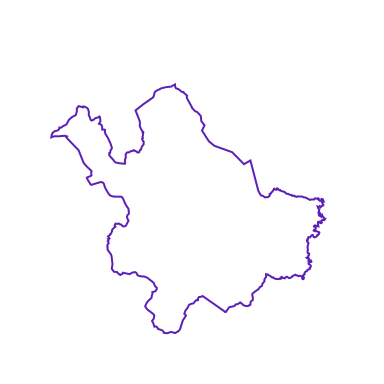 Houet, Houet, Burkina Faso, rotated 329°
{"feature_id": "67063806B93880456931202", "entity_name": "Houet", "entity_type": "district", "adm_level": 2, "iso_a3": "BFA", "parent_name": "Burkina Faso", "parent_adm1": "Houet", "projection": "orthographic", "projection_center": [-4.215, 11.389], "detail": "fine", "context": "isolated", "style": "outline", "palette": "violet", "viewbox_px": 384, "rotation_deg": 329, "n_neighbors": 0, "source": "geoboundaries", "source_scale": "gbopen_adm2", "svg_char_len": 6050}
<svg xmlns="http://www.w3.org/2000/svg" viewBox="0 0 384 384"><g transform="rotate(329 192 192)"><path d="M232.8,91.0L228.3,90.9L224.1,88.9L219.6,87.4L213.8,86.9L212.2,87.0L211.3,87.4L208.5,90.2L207.2,90.9L195.3,91.7L185.6,93.0L183.7,104.3L182.8,106.2L181.1,108.7L180.6,113.4L181.1,115.5L180.2,115.7L180.3,116.6L179.9,116.9L178.9,118.5L178.0,119.2L177.6,120.6L176.6,120.7L176.2,122.7L176.5,123.2L176.5,124.0L175.0,126.3L172.4,127.3L169.9,129.4L168.8,129.3L167.3,130.6L166.4,130.6L165.5,129.8L165.4,128.9L164.2,127.3L163.8,126.2L162.1,126.2L160.7,125.5L158.6,125.6L156.8,124.7L155.3,125.1L154.2,126.0L153.0,128.4L151.3,129.7L150.1,131.4L149.9,132.4L149.0,133.2L144.6,130.0L141.7,127.3L141.2,125.7L141.2,124.5L140.2,119.4L140.1,117.3L140.7,116.7L141.2,116.6L141.3,116.1L141.9,116.3L143.6,114.4L145.8,113.3L146.2,112.5L147.2,108.0L147.8,102.0L147.7,97.5L148.1,95.9L149.4,93.9L148.7,93.1L147.2,92.3L148.9,89.1L148.9,88.3L148.5,86.8L147.4,85.6L149.9,84.3L151.7,80.3L151.4,79.5L149.8,79.7L147.1,78.9L144.9,79.4L142.6,79.0L142.3,77.9L143.0,74.8L143.0,73.2L144.9,70.1L145.6,67.3L145.2,65.6L143.8,63.4L142.5,62.6L142.1,63.2L139.1,60.0L136.4,61.0L134.8,63.6L131.9,66.2L127.7,66.0L124.8,66.5L123.6,66.8L119.1,69.5L115.2,69.1L113.9,69.4L112.4,69.3L111.6,68.4L110.1,69.9L108.2,70.0L105.7,69.2L103.1,69.5L101.3,70.6L99.6,72.7L101.4,72.9L103.6,73.8L106.2,75.5L112.0,78.3L113.2,79.7L112.4,79.7L112.8,82.6L116.3,97.8L114.1,111.3L114.9,115.8L116.7,122.4L115.3,123.8L114.4,125.9L113.5,126.1L109.3,125.5L108.9,127.5L109.0,133.5L109.6,134.1L118.8,136.4L120.3,137.7L120.7,139.4L119.8,143.2L119.6,145.9L119.6,150.6L120.1,152.9L122.3,155.5L128.8,159.5L129.3,160.2L129.5,161.8L128.6,169.1L128.9,173.8L126.8,178.1L124.6,178.7L123.4,179.9L122.9,181.9L122.8,183.9L117.8,186.9L117.0,186.9L115.1,185.9L114.5,183.3L113.7,182.8L113.0,181.3L111.7,181.0L110.1,179.7L108.4,180.9L108.5,182.3L107.9,182.2L104.1,183.2L103.2,184.6L102.4,184.9L101.3,186.0L100.2,185.9L99.4,186.6L97.2,186.8L97.4,187.8L97.3,188.5L97.2,188.1L96.9,188.4L97.1,189.2L95.9,189.0L95.9,190.2L94.5,190.8L94.7,191.2L94.1,193.1L93.5,193.0L91.9,194.2L91.2,195.2L91.3,195.9L89.9,197.9L90.4,204.0L90.0,205.6L86.7,212.9L83.6,216.6L84.1,220.3L86.5,222.0L86.9,224.4L87.9,225.6L87.8,226.2L90.3,226.3L91.2,225.6L96.2,230.3L99.1,230.3L101.9,231.3L102.6,232.5L102.7,234.1L102.4,234.9L102.9,236.1L105.1,238.3L107.3,239.6L109.5,242.4L112.4,250.0L111.8,253.6L112.5,256.1L111.5,257.3L109.6,258.2L106.4,257.4L105.9,258.7L104.1,260.2L102.8,261.9L98.0,262.9L95.6,264.0L93.0,265.8L93.1,269.4L95.9,276.5L96.1,278.1L96.0,278.6L93.9,280.9L91.3,282.0L91.3,284.1L90.4,288.1L92.1,288.8L92.6,290.6L92.3,291.8L95.2,295.2L95.7,297.1L95.3,298.2L97.1,299.7L98.1,300.3L101.1,300.9L103.1,302.1L104.3,303.8L105.0,304.2L108.5,304.3L110.1,303.9L111.4,303.2L117.9,297.4L123.1,294.9L123.2,294.2L122.7,292.4L125.1,290.4L128.3,289.1L131.4,287.2L133.6,287.4L135.8,288.2L139.6,286.9L141.4,287.8L142.0,286.5L143.8,285.6L145.8,286.5L147.5,286.6L158.0,310.2L158.4,311.7L159.4,311.8L159.5,312.2L164.5,309.9L168.3,311.2L170.2,311.5L171.5,310.8L172.8,311.5L175.5,311.7L176.3,311.4L176.7,311.7L177.7,315.2L178.8,316.9L181.3,318.7L182.6,318.5L183.8,318.8L185.5,316.6L186.6,316.0L188.1,316.1L189.4,314.6L190.6,311.3L191.3,310.4L193.6,309.9L199.5,309.4L200.9,308.5L203.6,308.5L205.4,306.7L207.0,306.3L208.4,305.6L208.6,304.7L209.4,304.0L211.7,303.0L212.9,301.0L213.0,301.3L213.6,301.0L214.5,301.7L214.4,302.3L215.4,303.4L216.6,306.2L217.2,307.0L217.7,307.1L217.7,307.9L219.3,309.9L221.8,311.5L222.8,311.3L223.2,312.1L224.3,312.0L224.7,310.9L225.2,310.9L225.6,312.5L227.1,313.8L227.9,313.3L229.6,313.4L230.9,315.9L233.2,316.4L234.5,315.9L238.0,316.1L238.5,317.2L239.2,317.6L239.8,319.0L241.3,319.3L242.5,320.6L242.4,322.2L241.8,323.0L242.2,323.9L242.7,324.0L243.7,323.4L244.3,320.6L246.3,320.5L246.6,319.5L247.7,318.9L248.7,318.7L249.6,319.1L250.9,318.2L253.2,318.7L253.8,317.6L254.7,317.7L255.9,316.4L255.5,314.6L254.9,313.9L255.3,312.9L256.9,312.7L257.9,313.3L258.5,313.2L258.6,311.7L258.2,311.6L257.2,312.3L256.3,310.9L257.9,309.3L256.6,307.9L256.4,307.4L258.2,307.6L258.5,306.7L259.5,306.4L260.5,305.6L260.7,304.9L259.8,304.1L259.9,303.2L261.2,301.4L261.6,301.3L262.8,298.5L265.6,295.7L265.1,294.1L265.4,292.9L265.7,292.7L265.8,293.0L266.2,292.4L266.5,292.9L266.8,292.7L266.9,292.2L268.5,290.6L269.7,291.7L272.4,290.7L273.4,291.1L273.1,293.2L273.9,294.2L276.6,294.2L277.1,293.6L277.4,293.9L277.8,293.8L277.8,293.5L279.1,293.4L279.4,292.8L280.2,292.6L280.3,292.0L278.4,289.5L277.5,289.2L276.4,287.8L277.1,287.2L278.4,287.7L279.7,286.6L279.8,285.5L278.7,284.5L279.0,284.0L280.2,283.9L282.6,286.6L283.8,283.4L284.7,282.6L285.7,282.9L285.8,284.4L286.9,285.4L287.6,285.1L287.8,283.4L289.3,283.1L290.9,284.2L292.5,283.5L291.4,281.9L291.8,280.8L291.3,279.2L291.8,278.2L291.2,278.0L290.9,279.2L290.0,279.8L289.8,278.9L288.9,278.0L288.9,276.7L289.3,276.4L289.8,277.0L290.5,276.9L290.3,275.9L290.8,275.7L290.8,274.8L290.1,274.5L292.1,272.6L291.8,270.9L292.2,269.2L292.9,270.1L294.2,269.9L294.3,271.3L296.1,270.8L297.4,271.1L297.8,270.9L297.5,270.5L297.9,269.9L298.1,267.7L298.4,267.3L299.9,268.2L300.4,265.7L299.5,264.7L299.0,265.4L297.1,265.6L296.5,263.7L297.1,263.6L297.0,262.4L295.3,261.8L294.2,260.8L292.8,261.3L290.3,259.8L289.1,259.6L286.7,255.6L285.9,254.7L285.3,254.4L283.9,252.5L280.0,250.1L279.0,250.0L278.7,249.3L277.9,248.7L277.9,248.0L276.7,247.6L276.5,246.9L275.8,246.5L275.9,246.0L274.1,244.4L273.6,243.2L272.1,242.2L271.3,239.4L270.8,239.1L268.8,236.7L268.6,235.8L267.8,235.6L267.6,234.5L266.9,234.1L267.2,233.1L266.9,232.7L265.3,233.4L264.5,232.7L264.4,231.6L264.0,231.5L263.6,232.2L262.8,232.2L261.2,233.0L259.5,233.4L259.0,233.9L257.6,233.6L257.0,234.9L254.8,235.6L251.8,234.2L250.8,231.8L249.3,230.3L249.4,225.4L258.3,195.1L250.9,194.9L246.9,178.5L235.0,164.0L232.6,157.4L232.2,144.5L237.1,141.3L236.5,136.1L238.7,131.3L237.6,125.9L236.3,124.5L235.3,119.6L235.6,119.3L236.0,108.9L236.4,107.8L237.3,107.1L237.4,106.6L236.1,102.9L236.2,102.0L234.8,100.8L233.4,96.9L231.7,95.0L231.7,93.5L232.8,91.0Z" fill="none" stroke="#5b21b6" stroke-width="2"/></g></svg>